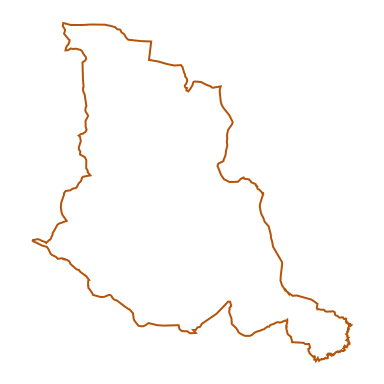 outline of Agona West Municipal, Central, Ghana
{"feature_id": "2480657B39435178884870", "entity_name": "Agona West Municipal", "entity_type": "district", "adm_level": 2, "iso_a3": "GHA", "parent_name": "Ghana", "parent_adm1": "Central", "projection": "albers", "projection_center": [-0.776, 5.629], "detail": "fine", "context": "isolated", "style": "outline", "palette": "amber", "viewbox_px": 384, "rotation_deg": 0, "n_neighbors": 0, "source": "geoboundaries", "source_scale": "gbopen_adm2", "svg_char_len": 5923}
<svg xmlns="http://www.w3.org/2000/svg" viewBox="0 0 384 384"><path d="M195.8,332.9L193.2,330.0L195.2,330.1L195.8,329.8L197.4,327.5L198.0,327.2L199.5,327.1L200.2,326.7L201.7,323.9L216.6,313.7L228.2,301.6L230.1,301.7L231.2,305.9L229.4,308.2L229.7,309.4L229.2,310.9L229.3,312.7L231.5,318.7L231.8,324.0L236.2,328.1L238.0,331.0L238.5,332.3L240.5,333.7L243.7,335.4L245.4,335.9L249.7,335.9L251.9,335.0L254.2,332.9L256.7,331.6L260.5,330.6L261.9,329.8L264.0,329.3L265.3,328.1L267.8,326.5L269.1,326.7L270.3,325.1L272.3,324.3L273.4,324.1L276.1,322.6L277.6,322.2L278.6,322.2L279.6,322.6L281.4,322.3L283.1,321.3L284.1,321.1L284.9,320.6L286.0,320.8L287.2,319.8L287.3,322.3L286.2,325.9L286.7,326.4L286.7,327.0L286.3,327.3L286.2,327.7L286.6,329.7L287.7,334.1L291.1,337.0L291.0,337.6L291.7,339.7L292.1,342.2L303.5,342.8L304.9,343.9L305.6,344.1L309.0,344.0L310.1,347.2L309.5,348.5L309.3,348.7L308.8,348.6L308.3,349.0L308.6,351.1L309.5,352.2L309.5,353.2L313.2,356.8L314.5,356.2L314.8,356.4L314.9,357.1L314.5,357.7L314.6,358.1L314.3,358.8L314.9,359.3L314.6,359.7L315.6,360.0L315.9,361.0L317.8,358.0L318.3,359.6L319.1,359.9L318.8,360.5L319.0,360.8L319.9,359.7L320.9,359.6L321.6,358.9L322.0,358.9L322.3,359.3L323.0,359.0L324.0,359.1L325.4,357.8L326.3,358.4L327.7,358.2L327.9,356.0L327.1,355.0L328.0,354.5L327.9,353.8L328.1,353.6L329.0,353.6L328.9,354.1L329.2,354.3L329.9,354.0L329.8,354.7L330.7,354.8L331.3,354.2L331.6,354.7L331.3,355.5L331.5,355.7L333.5,355.1L333.5,354.1L334.6,353.9L335.2,352.8L336.1,352.1L336.8,352.2L337.4,351.9L337.5,351.4L338.5,351.5L338.8,352.2L339.1,352.1L339.5,351.8L340.2,351.7L340.4,350.8L341.1,350.9L341.4,350.4L341.9,350.9L343.5,351.0L344.9,350.0L344.0,348.8L343.3,348.4L343.5,348.1L344.0,348.1L344.9,347.3L344.7,347.1L344.1,347.2L344.0,346.7L344.5,346.5L344.7,345.8L346.7,347.2L346.8,346.9L346.5,346.5L347.3,346.4L347.5,345.3L347.9,344.5L348.7,344.4L348.7,344.0L348.3,344.0L348.3,343.4L348.1,343.2L349.5,343.6L349.5,342.9L348.9,342.3L348.5,342.4L348.6,341.5L348.3,341.5L348.2,340.8L346.4,340.2L347.5,338.9L348.0,339.0L347.8,338.5L348.3,337.9L347.9,337.9L347.2,336.7L347.2,336.4L347.6,336.2L347.6,335.7L347.2,335.7L346.9,334.6L346.3,334.1L346.8,333.9L347.1,333.2L347.2,331.5L347.5,331.4L347.6,331.8L347.9,331.8L348.2,331.1L347.9,330.2L348.0,329.1L348.6,329.6L348.9,329.1L348.6,327.7L349.0,325.4L349.4,325.2L349.7,326.0L350.3,326.1L351.3,325.2L350.3,325.0L350.6,324.5L350.4,324.0L350.1,323.9L349.9,324.4L349.4,324.6L349.2,323.8L348.1,323.9L347.9,323.1L346.4,322.8L346.3,322.3L346.9,321.9L345.9,321.2L346.3,320.6L345.8,319.2L346.1,318.7L345.6,318.5L344.7,319.0L343.7,318.8L343.0,317.4L341.3,317.4L340.7,317.7L339.2,317.5L337.4,315.9L335.9,315.5L335.2,314.9L334.7,312.2L332.9,311.2L331.5,311.5L326.2,311.6L324.9,311.0L324.5,310.2L323.5,309.7L320.8,309.7L317.5,308.9L317.3,309.1L316.8,307.8L317.5,303.8L311.5,299.6L296.9,295.5L292.6,295.8L288.3,292.7L288.4,293.4L285.4,289.6L285.1,290.2L282.0,285.2L280.5,280.5L280.7,276.3L282.2,263.8L281.9,261.9L273.0,246.6L272.2,241.7L271.0,238.0L270.8,234.8L268.7,226.4L264.7,221.8L263.2,217.6L261.4,214.2L260.7,212.0L259.9,207.0L259.8,205.0L262.2,196.8L263.3,194.3L263.3,194.0L262.6,193.7L262.9,192.9L261.8,192.6L261.2,191.6L258.8,189.3L258.0,189.1L257.5,188.6L257.0,186.9L257.3,186.6L256.6,185.6L255.9,185.6L255.6,184.1L251.1,182.2L250.4,180.8L249.3,180.0L248.8,179.3L244.6,178.8L244.1,178.6L243.6,177.5L241.0,178.7L237.9,181.8L229.4,182.0L224.0,179.2L221.2,175.2L217.5,166.0L218.2,163.7L223.5,161.0L223.7,159.6L225.1,156.4L225.7,154.0L226.0,150.9L227.3,145.5L226.8,141.3L227.3,138.5L227.0,135.9L227.2,133.8L228.1,129.9L232.0,124.3L232.5,123.3L232.6,121.9L229.3,115.2L224.0,108.6L222.6,106.6L221.4,104.0L220.7,101.1L219.7,91.2L219.8,89.6L220.7,86.4L212.6,87.8L209.7,85.9L207.0,85.1L201.1,82.0L194.9,81.5L193.7,81.8L193.1,82.8L192.4,85.4L189.7,89.8L188.2,91.3L187.8,90.8L186.4,90.5L186.5,88.9L187.0,88.1L185.4,87.5L184.7,86.1L185.1,85.1L186.4,83.5L187.2,80.2L186.7,78.3L185.3,76.7L184.9,74.2L184.1,72.6L182.5,67.1L181.0,65.1L174.3,65.5L167.3,64.1L158.3,61.5L149.0,59.9L151.2,41.5L140.7,41.1L128.2,39.7L126.3,37.8L124.1,34.2L121.3,32.1L120.4,29.9L119.7,29.5L117.8,29.4L116.3,28.4L115.1,27.1L110.2,25.8L104.9,24.7L90.9,24.5L82.5,25.0L70.8,25.0L63.3,23.0L62.8,26.1L64.9,29.4L64.9,31.3L64.1,33.3L64.2,33.9L68.5,39.2L69.6,40.1L69.1,42.8L68.0,44.8L67.2,45.5L65.9,48.0L65.5,50.4L67.9,50.2L70.9,48.5L73.0,49.0L75.7,48.7L79.9,49.7L81.4,50.5L82.3,51.6L83.3,53.7L85.7,56.8L86.2,59.0L84.8,60.9L82.5,62.4L83.0,80.2L83.6,87.0L83.1,87.7L83.0,90.0L83.5,92.1L84.6,94.2L86.4,106.3L85.7,107.4L85.4,109.7L85.5,111.4L87.5,114.4L88.1,115.9L85.5,121.0L85.7,127.1L86.6,129.6L86.0,131.1L85.3,132.0L82.8,133.7L80.7,134.2L78.7,135.6L79.6,136.3L80.1,137.0L80.8,141.1L78.9,147.2L78.8,149.3L80.3,151.4L80.0,154.5L84.4,156.8L85.4,158.1L86.3,160.3L86.2,168.3L87.6,170.4L87.8,171.6L87.6,172.2L90.4,175.4L82.9,176.8L82.3,177.3L80.9,181.2L78.6,183.5L76.7,187.3L75.8,188.0L72.9,188.6L70.0,190.4L65.6,191.0L64.0,193.3L64.1,194.4L61.3,202.5L60.8,207.1L61.6,212.6L62.5,215.0L66.7,220.9L58.8,223.7L57.1,225.2L54.9,229.4L52.8,232.8L52.4,235.2L51.4,237.0L51.1,238.3L50.1,239.7L48.8,240.3L47.7,241.6L46.8,242.1L46.3,242.9L45.7,242.2L41.7,240.8L39.8,239.7L37.8,239.2L32.9,240.1L32.7,241.0L42.5,245.7L46.9,246.9L48.6,249.4L50.6,253.8L52.1,255.0L56.0,256.9L57.8,258.8L61.6,258.3L64.2,258.9L63.9,259.3L67.3,260.0L69.4,261.5L70.5,264.0L76.0,268.9L78.7,270.2L79.0,270.0L80.4,272.0L86.4,276.3L88.9,279.8L88.4,279.8L88.1,282.6L88.1,285.8L88.3,285.8L88.5,288.2L89.4,289.0L92.4,293.4L93.0,294.9L99.9,296.8L102.0,297.1L104.8,296.7L108.6,295.0L109.8,294.8L111.4,295.8L112.3,297.6L113.7,299.2L115.2,300.1L116.1,300.2L117.3,300.8L124.9,306.6L128.7,309.2L129.6,309.4L133.0,313.3L133.6,318.4L134.3,320.5L138.4,325.7L141.2,326.3L143.5,326.2L145.5,325.2L148.5,323.1L157.3,325.2L163.3,325.6L178.6,325.2L179.4,328.9L180.8,330.3L182.3,331.1L187.5,331.3L188.7,332.4L190.2,333.3L195.8,332.9Z" fill="none" stroke="#b45309" stroke-width="2"/></svg>